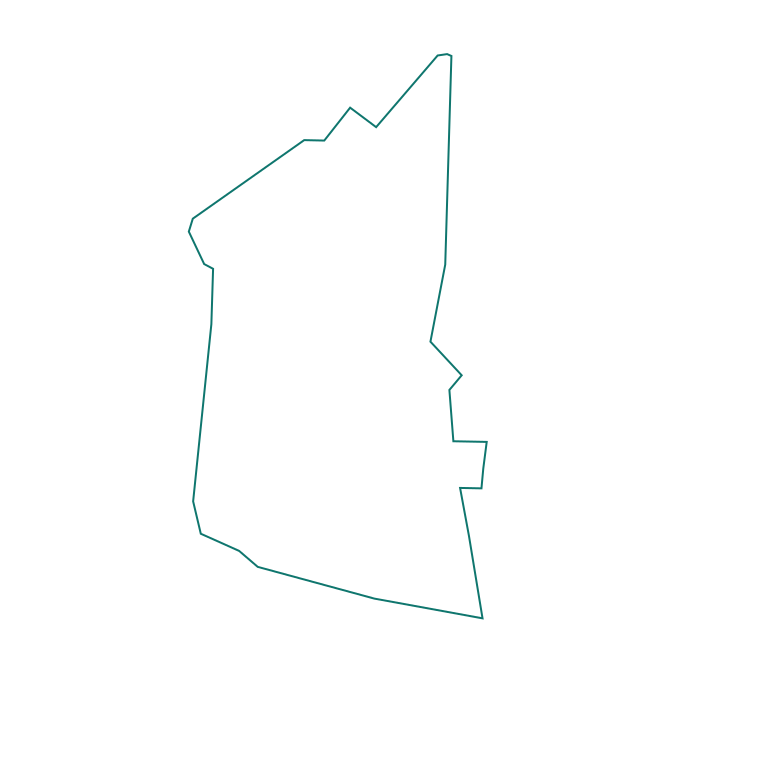 Bledsoe, Tennessee, United States of America, rotated 327°
{"feature_id": "52423323B62552285254036", "entity_name": "Bledsoe", "entity_type": "district", "adm_level": 2, "iso_a3": "USA", "parent_name": "United States of America", "parent_adm1": "Tennessee", "projection": "equal_earth", "projection_center": [-85.176, 35.563], "detail": "fine", "context": "isolated", "style": "outline", "palette": "teal", "viewbox_px": 768, "rotation_deg": 327, "n_neighbors": 0, "source": "geoboundaries", "source_scale": "gbopen_adm2", "svg_char_len": 514}
<svg xmlns="http://www.w3.org/2000/svg" viewBox="0 0 768 768"><g transform="rotate(327 384 384)"><path d="M339.0,634.2L372.5,557.7L391.2,512.6L408.9,524.6L421.2,509.0L438.6,488.5L411.0,469.8L435.6,424.6L453.9,419.0L446.0,373.8L500.4,317.2L619.2,145.6L616.6,141.7L607.9,137.7L517.3,164.3L506.1,133.8L466.5,147.3L449.9,136.0L313.7,141.2L303.3,149.9L298.5,185.5L303.4,194.3L271.8,239.8L160.0,378.5L148.8,409.8L171.6,445.1L178.5,468.6L259.0,558.7L339.0,634.2Z" fill="none" stroke="#0f766e" stroke-width="2"/></g></svg>